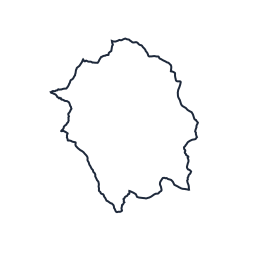 the district of Carcasí, Santander, Colombia, rotated 302°
{"feature_id": "7082276B77034388589017", "entity_name": "Carcasí", "entity_type": "district", "adm_level": 2, "iso_a3": "COL", "parent_name": "Colombia", "parent_adm1": "Santander", "projection": "albers", "projection_center": [-72.585, 6.658], "detail": "fine", "context": "isolated", "style": "outline", "palette": "slate", "viewbox_px": 256, "rotation_deg": 302, "n_neighbors": 0, "source": "geoboundaries", "source_scale": "gbopen_adm2", "svg_char_len": 5741}
<svg xmlns="http://www.w3.org/2000/svg" viewBox="0 0 256 256"><g transform="rotate(302 128 128)"><path d="M193.3,68.2L191.8,69.5L191.2,70.2L190.9,70.8L190.5,71.1L189.6,71.0L188.8,71.2L184.5,73.0L184.1,72.9L183.1,72.4L181.7,72.0L181.2,72.0L179.7,72.7L179.4,72.5L178.4,71.0L177.1,70.2L176.7,69.6L175.9,68.8L174.9,68.4L174.1,67.6L170.5,67.6L169.3,67.8L168.0,67.8L167.2,67.7L165.7,65.1L165.3,64.1L164.6,63.1L164.7,62.2L164.5,61.3L163.4,59.5L163.2,58.9L163.0,56.9L162.6,56.5L161.9,56.3L161.5,55.7L161.6,55.1L162.3,53.9L162.4,53.6L161.6,53.6L159.7,54.0L155.2,53.9L154.4,53.7L152.3,52.9L151.5,52.8L150.7,53.1L149.5,53.2L146.6,54.5L145.5,54.7L145.0,55.0L144.6,55.2L143.3,55.0L141.8,55.2L140.3,55.1L139.7,54.9L138.7,54.3L138.0,54.1L137.1,54.2L136.3,54.5L135.6,54.6L134.8,54.8L134.1,54.7L133.0,55.0L132.3,55.0L131.2,55.1L130.3,54.9L129.1,54.9L128.6,54.6L127.8,53.4L126.9,52.3L125.2,50.9L125.1,50.6L124.2,49.5L123.9,48.4L123.5,48.2L122.7,48.2L122.4,48.0L121.9,47.3L121.5,47.0L120.6,46.6L120.2,46.1L119.6,44.8L119.4,44.6L118.7,44.4L118.5,44.2L118.4,44.0L117.8,43.8L117.5,43.5L117.2,44.0L117.2,44.4L117.6,45.6L117.7,46.9L118.0,48.4L118.0,49.0L117.8,49.7L117.4,50.6L117.3,51.1L116.8,51.6L116.9,52.0L116.8,52.7L117.1,53.4L116.7,53.4L116.6,53.6L117.0,54.2L117.2,54.6L117.1,55.4L117.5,55.5L116.9,56.6L117.2,56.9L117.5,58.4L117.4,58.9L117.6,59.3L117.5,59.8L117.5,60.0L118.5,62.1L118.5,64.1L118.3,64.6L117.6,65.6L116.0,67.5L115.8,68.2L115.6,68.5L114.5,69.5L114.4,69.8L113.9,69.9L112.7,69.8L111.8,70.0L111.1,70.0L110.4,70.1L110.0,70.1L108.8,69.8L108.3,69.9L107.7,70.3L107.3,70.9L106.8,71.3L106.5,71.8L105.3,71.9L104.5,72.6L103.8,72.9L103.1,73.6L101.1,74.1L99.4,73.7L98.5,73.9L98.1,73.9L96.9,73.3L95.2,72.9L94.1,73.4L93.3,73.5L92.5,73.5L90.4,72.9L90.0,73.1L90.1,73.4L91.3,74.7L91.4,75.4L91.4,76.3L91.6,76.9L91.5,78.3L91.5,79.4L91.5,79.6L91.3,79.8L90.1,79.9L89.4,80.1L88.2,81.0L87.7,81.1L86.7,82.5L85.6,83.5L85.6,83.8L86.4,85.0L86.7,86.0L86.9,86.6L86.9,88.0L87.9,90.7L88.0,91.1L87.8,91.4L87.3,91.7L85.9,92.3L85.1,93.3L84.3,96.3L84.1,98.1L84.0,98.8L83.9,99.7L84.1,100.5L83.9,103.1L83.2,105.1L83.1,105.7L82.6,107.4L82.0,108.7L81.4,109.4L80.6,110.0L79.5,110.5L79.1,110.9L78.6,111.7L78.1,112.8L76.4,114.7L76.1,115.4L75.8,116.1L74.2,118.7L73.7,120.6L73.0,121.2L72.4,121.9L72.1,123.4L71.7,124.2L71.1,125.0L70.5,125.4L69.9,125.6L69.6,125.9L68.0,128.5L67.4,129.3L66.9,131.0L66.7,131.4L65.0,133.0L64.1,133.5L62.9,134.0L61.4,135.4L59.8,136.3L59.3,136.8L59.2,137.1L59.1,138.1L59.0,138.5L58.2,139.6L58.2,140.5L58.5,141.7L58.6,142.1L58.4,142.6L57.9,143.4L57.6,143.5L57.3,144.0L57.0,144.5L56.6,145.7L55.0,148.3L55.2,149.7L55.0,153.1L55.4,154.2L54.9,156.5L54.2,157.4L52.7,158.7L52.4,159.5L51.1,161.4L50.8,161.9L50.7,162.4L50.8,163.2L52.1,164.5L52.6,165.5L53.0,165.9L53.8,166.4L54.6,166.7L54.9,166.6L55.9,165.5L56.6,164.9L57.8,164.6L59.4,163.8L59.8,163.8L60.1,164.1L60.3,164.2L61.9,164.2L62.6,164.0L63.1,164.2L63.3,163.5L63.6,163.2L64.1,163.0L64.9,162.6L65.2,161.9L65.3,161.8L66.9,162.2L67.6,162.0L68.0,162.1L69.0,162.5L69.7,163.1L70.6,163.3L71.8,163.1L72.1,163.3L72.7,163.9L73.0,163.9L74.0,163.4L74.9,162.7L75.3,162.5L75.5,163.2L76.0,167.0L76.0,168.0L76.0,169.7L75.6,170.4L74.4,172.1L74.5,172.8L74.7,173.7L75.0,174.5L76.9,178.5L77.3,179.2L77.8,180.6L78.2,181.0L79.6,182.2L80.3,182.9L82.3,184.1L85.5,185.4L86.9,186.3L88.2,188.1L88.9,188.5L90.2,188.6L92.2,189.5L92.8,189.5L93.5,189.1L95.4,187.3L96.0,186.6L96.4,185.9L97.3,184.8L98.1,184.4L99.0,184.0L99.9,183.9L102.9,183.9L104.0,184.0L104.4,184.4L105.1,185.5L105.3,186.5L106.0,187.3L106.0,188.0L105.9,188.7L106.0,189.3L106.5,190.8L106.8,192.2L106.2,194.5L104.4,197.4L104.8,201.4L104.7,202.3L104.9,203.4L104.9,204.6L105.3,206.4L106.6,208.9L106.7,209.4L107.2,210.4L107.8,212.3L108.0,212.5L108.8,211.8L110.8,210.4L111.8,209.4L113.3,207.4L114.8,206.0L116.1,206.0L117.3,205.0L117.9,204.9L118.7,205.0L119.3,204.7L120.0,204.5L120.8,204.5L121.6,204.8L122.7,204.9L124.5,204.6L124.9,203.6L125.0,202.7L124.9,201.5L124.7,201.0L125.1,199.9L125.7,199.0L126.4,198.5L129.9,197.4L131.1,197.2L132.1,196.8L133.2,195.9L134.4,194.3L134.8,194.2L135.5,194.5L135.7,194.3L135.9,193.2L135.9,191.8L136.1,191.3L136.4,191.1L136.7,190.7L136.9,189.7L137.3,189.2L137.6,188.9L138.4,188.9L139.4,188.4L139.6,188.0L139.7,187.4L139.8,187.0L140.6,186.2L141.1,185.8L141.6,185.7L142.8,186.1L144.0,186.0L144.8,186.2L147.1,186.2L148.1,186.4L150.1,187.4L152.1,188.7L153.7,190.5L154.4,191.1L155.0,191.2L156.4,191.2L156.8,191.3L157.2,190.6L158.8,188.8L160.1,188.0L160.4,187.2L160.6,186.8L162.0,186.3L165.1,185.6L165.5,185.2L166.2,184.9L167.7,184.6L168.5,184.7L169.6,184.4L170.4,182.0L170.8,181.4L170.6,180.9L170.7,180.2L170.9,179.4L173.9,175.9L175.1,173.6L174.9,171.0L174.9,168.9L175.6,166.5L175.5,162.5L175.9,161.2L176.5,160.2L179.2,157.1L180.0,155.5L181.0,154.0L182.3,152.9L183.7,152.0L184.1,151.6L186.9,150.4L190.0,149.9L192.7,149.2L194.9,148.4L195.2,147.8L195.0,147.1L193.7,145.1L193.6,144.4L193.7,143.6L194.2,143.0L194.9,142.4L195.6,141.6L197.2,140.2L199.2,139.0L199.6,138.5L199.6,137.3L199.4,135.6L198.8,134.6L198.8,134.3L202.0,132.8L203.3,131.9L204.1,130.9L204.1,130.4L204.6,128.7L204.7,127.5L204.3,126.2L204.3,124.6L204.0,122.1L203.9,119.2L203.7,118.1L203.8,117.6L204.4,116.8L204.7,116.1L204.7,115.9L204.5,115.4L204.0,114.8L203.7,114.1L202.9,112.1L201.2,110.0L200.0,108.2L199.9,107.7L200.1,106.8L200.8,106.1L201.8,104.7L202.4,103.2L202.7,102.2L203.5,101.2L204.0,99.9L204.5,97.7L205.2,96.2L205.2,95.3L204.8,94.4L204.7,93.2L204.9,92.1L205.2,91.6L205.3,90.0L205.0,89.2L204.6,88.8L204.1,88.2L203.6,87.6L203.2,87.0L203.1,86.6L203.0,85.9L203.2,85.1L203.2,83.3L203.5,82.4L203.4,81.8L202.6,79.8L202.5,78.5L202.3,78.2L200.9,77.1L199.3,76.2L198.7,75.6L198.1,74.0L196.7,73.2L194.7,71.6L193.7,69.9L193.5,69.2L193.3,68.2Z" fill="none" stroke="#1e293b" stroke-width="2"/></g></svg>